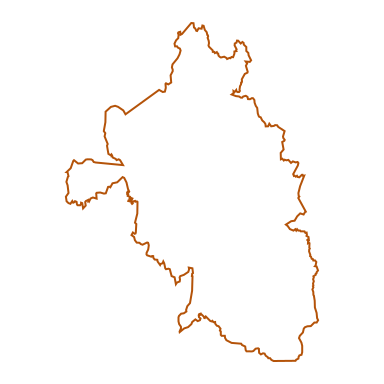 Bafwasende, Orientale, Democratic Republic of the Congo (Equal Earth projection)
{"feature_id": "63176286B50174012793828", "entity_name": "Bafwasende", "entity_type": "district", "adm_level": 2, "iso_a3": "COD", "parent_name": "Democratic Republic of the Congo", "parent_adm1": "Orientale", "projection": "equal_earth", "projection_center": [26.956, 0.799], "detail": "fine", "context": "isolated", "style": "outline", "palette": "amber", "viewbox_px": 384, "rotation_deg": 0, "n_neighbors": 0, "source": "geoboundaries", "source_scale": "gbopen_adm2", "svg_char_len": 5948}
<svg xmlns="http://www.w3.org/2000/svg" viewBox="0 0 384 384"><path d="M218.2,53.6L217.4,53.5L216.8,52.1L214.9,53.1L214.2,51.9L212.8,51.9L212.7,50.4L209.0,46.7L208.5,45.5L209.0,43.1L208.7,40.8L207.6,37.8L208.1,36.7L207.9,35.3L207.3,35.0L206.7,32.2L204.8,29.9L203.6,25.8L202.4,25.5L201.6,28.7L198.6,28.3L197.1,31.0L196.3,30.8L195.2,28.4L194.0,27.5L193.5,23.2L191.3,23.0L182.0,34.0L180.6,34.7L180.2,31.8L178.5,32.3L178.0,33.1L178.6,34.9L178.2,38.2L176.1,40.3L174.5,43.6L175.1,46.4L177.0,46.3L177.9,47.6L179.9,48.6L180.6,50.5L179.5,54.4L177.5,58.3L172.5,64.4L171.9,67.4L172.7,69.6L172.7,71.2L170.6,75.3L171.2,82.5L168.3,84.4L166.0,83.3L165.5,83.9L165.8,87.9L164.9,91.6L162.8,92.0L159.1,89.9L125.5,114.3L123.3,110.4L118.0,106.8L115.1,105.8L110.9,106.9L105.6,111.7L105.4,122.2L103.8,131.1L105.3,133.2L104.6,136.4L107.7,144.0L107.0,145.7L108.4,153.9L110.6,155.2L111.2,154.6L111.4,155.5L111.8,155.0L112.1,155.5L112.7,157.5L115.7,158.9L116.6,160.1L118.7,159.3L120.1,160.2L123.0,165.1L95.7,162.5L93.7,162.0L92.5,160.1L91.1,159.4L87.4,159.3L85.8,159.6L82.2,163.2L78.1,163.5L74.0,160.2L73.3,160.9L70.7,168.2L66.6,172.1L67.5,172.2L68.5,176.2L67.9,176.8L66.4,181.9L67.6,185.3L68.5,193.0L65.9,196.7L66.6,201.3L68.5,203.1L70.4,203.8L72.3,201.0L73.2,202.7L74.5,202.1L75.0,201.2L75.7,201.4L76.6,201.9L76.9,204.2L77.5,205.2L80.0,205.3L81.0,204.2L81.1,202.7L82.2,203.1L83.1,208.4L85.7,205.6L85.2,202.0L85.8,201.1L88.2,199.9L88.3,201.2L88.9,200.7L89.2,201.3L90.6,198.5L92.9,197.5L96.6,198.6L96.2,193.4L96.7,192.8L100.2,192.5L104.0,193.6L105.8,193.3L108.1,186.9L109.4,186.7L110.3,187.3L112.5,183.3L117.2,182.3L122.6,177.1L124.2,177.9L126.5,182.5L128.0,189.0L129.2,191.6L128.4,192.7L127.6,191.8L127.1,192.5L127.2,194.0L127.9,193.7L127.7,194.5L128.2,194.8L127.8,196.0L129.8,196.7L129.6,198.0L130.6,197.6L131.5,198.7L131.7,198.2L132.4,198.5L131.9,199.5L130.4,198.9L129.7,200.8L128.5,200.5L128.3,201.0L130.3,201.5L131.3,200.6L132.0,201.5L131.5,203.1L132.1,203.9L132.8,203.3L132.6,201.8L133.8,201.2L135.1,200.9L135.4,201.7L136.9,201.4L137.5,201.9L137.3,213.6L135.0,222.7L136.3,224.0L135.8,232.6L135.5,233.5L134.6,233.8L132.9,232.5L131.5,235.1L134.1,237.0L134.9,240.2L136.7,242.6L139.5,242.8L140.8,244.1L142.6,244.7L147.1,242.5L148.1,242.8L148.8,245.3L148.2,249.5L146.6,252.8L146.5,254.4L147.1,255.3L151.3,256.7L152.1,256.0L153.2,256.1L153.3,257.7L154.6,259.5L157.3,259.8L157.6,261.5L160.1,265.0L160.6,263.9L162.6,263.3L163.3,261.5L164.2,263.3L165.3,268.4L166.0,269.2L168.5,268.7L169.8,269.2L171.6,276.1L174.6,277.3L175.9,284.2L177.0,282.5L179.7,281.5L180.0,279.5L179.6,277.4L180.3,276.1L183.8,274.9L188.3,271.9L189.1,269.2L188.8,267.6L192.4,268.3L193.0,273.1L192.2,273.7L191.9,276.1L192.5,276.3L192.1,290.7L190.0,303.1L187.3,306.2L186.1,310.0L186.4,311.5L183.8,313.3L181.1,313.7L179.0,315.9L178.5,317.3L178.5,321.4L179.2,324.2L180.9,326.6L181.0,328.2L179.6,331.5L179.7,332.1L184.2,328.4L188.1,327.1L191.4,324.1L192.2,322.0L195.4,319.4L197.7,321.1L199.9,320.2L200.5,318.5L199.0,317.2L198.7,315.2L199.2,314.1L200.4,313.7L200.3,314.8L201.4,314.3L203.9,316.7L204.2,317.9L204.8,318.1L205.8,316.5L210.3,321.0L212.0,321.5L212.4,320.9L213.7,322.2L215.1,322.0L215.2,323.6L216.8,325.7L218.6,326.2L220.5,328.7L219.9,330.6L220.8,331.4L220.8,334.9L221.6,335.8L224.8,335.8L225.1,338.0L226.4,340.2L231.6,342.9L241.2,343.7L242.0,345.0L245.2,346.5L245.7,350.1L246.5,351.3L252.0,351.4L253.4,351.0L255.6,348.7L258.1,348.3L258.9,348.8L259.1,352.8L260.9,354.4L263.0,353.3L264.6,353.6L265.7,355.7L267.8,357.2L268.3,358.2L270.1,358.2L271.4,359.9L273.6,361.0L295.5,360.8L296.2,359.7L298.4,358.6L298.6,356.9L299.4,355.4L301.5,354.8L302.2,352.2L302.2,345.8L301.4,342.6L299.0,338.1L299.8,335.8L302.9,332.5L303.8,328.6L305.0,327.2L307.4,326.3L310.8,326.1L314.4,322.5L316.7,322.5L318.1,320.2L317.1,318.1L316.6,312.9L314.9,307.5L314.7,300.7L313.9,295.7L313.4,294.9L313.3,291.9L312.4,289.4L313.4,287.3L312.9,286.1L313.4,285.4L313.0,283.7L313.8,281.2L313.1,279.2L313.8,277.4L313.4,276.3L315.7,274.8L315.7,273.7L316.5,273.3L316.7,272.1L318.0,270.5L316.6,266.5L315.0,266.2L315.6,265.5L316.3,262.0L315.0,260.4L313.3,260.5L312.9,259.1L311.7,258.8L311.0,256.7L310.1,256.1L310.3,254.8L309.1,251.5L309.2,249.5L309.8,248.6L309.3,247.6L309.5,243.2L308.7,242.6L308.0,243.1L308.1,241.0L307.3,240.0L308.3,239.0L308.8,239.4L308.5,237.0L306.5,235.9L306.9,234.6L306.6,232.6L305.4,232.9L304.5,231.4L300.6,231.3L300.0,230.5L298.3,230.6L297.1,229.2L296.2,230.6L295.3,229.2L293.5,230.6L289.9,229.1L287.7,226.0L285.9,224.6L291.2,221.2L294.6,220.7L297.2,216.3L300.2,213.4L303.6,214.5L305.0,212.1L305.8,211.7L298.3,198.0L299.3,196.5L298.7,196.0L298.4,193.1L300.1,186.2L304.2,175.7L303.1,176.0L302.6,174.8L301.9,174.8L299.3,177.3L297.8,177.0L297.0,175.8L295.8,176.7L294.5,175.6L293.9,175.9L293.2,174.1L297.8,165.6L298.4,163.1L297.6,162.0L295.6,162.4L292.9,161.4L291.0,162.9L288.4,159.9L286.5,160.3L284.6,159.7L283.8,160.5L282.3,158.7L280.9,159.3L280.7,152.9L283.6,149.5L282.2,142.0L284.3,140.8L284.7,139.9L283.3,138.0L283.0,136.5L284.6,131.1L278.2,126.9L277.2,125.3L275.1,125.1L273.9,125.9L271.2,126.3L269.3,123.7L268.1,126.3L265.7,126.4L265.4,124.0L264.3,122.3L262.2,120.4L260.7,117.3L259.2,116.8L258.7,116.0L257.8,113.5L257.2,107.9L255.8,105.9L254.6,102.7L254.4,100.1L253.1,98.3L252.0,98.1L250.0,99.2L248.0,99.1L247.5,96.9L245.8,95.8L243.2,96.5L242.1,97.7L240.8,97.6L239.1,96.5L235.9,96.1L231.7,94.5L233.6,93.1L233.5,91.1L234.6,92.0L236.2,90.0L236.5,91.4L237.8,92.1L239.1,92.0L239.9,90.9L239.5,90.0L240.0,86.2L241.0,84.4L241.1,82.6L241.7,82.5L242.0,81.4L241.8,79.3L244.8,73.9L247.4,72.7L247.7,71.8L245.9,65.8L247.1,63.5L245.7,61.5L249.8,61.9L251.1,60.3L248.6,55.3L248.3,52.9L246.3,51.0L246.3,47.0L243.8,44.6L243.6,42.9L242.4,42.0L240.7,43.5L238.2,40.7L237.0,40.6L236.5,42.6L234.8,43.5L234.6,45.4L236.6,49.3L236.0,50.3L236.4,51.1L234.4,51.5L234.4,53.7L233.1,57.2L231.5,57.0L230.4,58.2L229.5,57.9L227.1,59.0L226.5,58.0L224.2,56.7L220.9,57.5L219.7,56.8L218.5,55.6L218.2,53.6Z" fill="none" stroke="#b45309" stroke-width="2"/></svg>